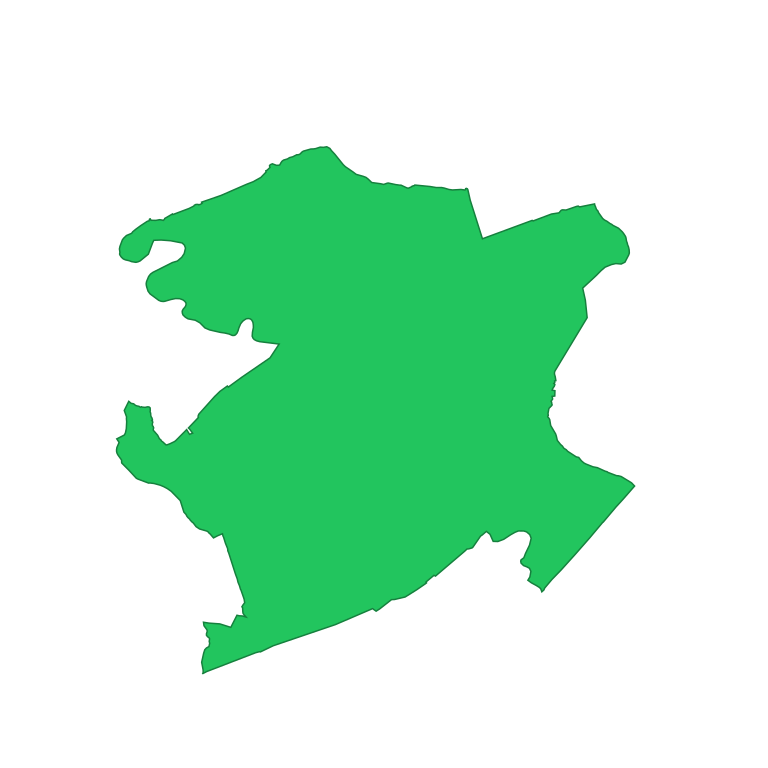 the district of Dolhasca, Suceava, Romania, rotated 162°
{"feature_id": "2599482B12966285946055", "entity_name": "Dolhasca", "entity_type": "district", "adm_level": 2, "iso_a3": "ROU", "parent_name": "Romania", "parent_adm1": "Suceava", "projection": "equal_earth", "projection_center": [26.629, 47.417], "detail": "fine", "context": "isolated", "style": "filled", "palette": "green", "viewbox_px": 768, "rotation_deg": 162, "n_neighbors": 0, "source": "geoboundaries", "source_scale": "gbopen_adm2", "svg_char_len": 6171}
<svg xmlns="http://www.w3.org/2000/svg" viewBox="0 0 768 768"><g transform="rotate(162 384 384)"><path d="M177.2,209.5L179.1,213.5L187.0,222.7L189.3,224.2L191.2,225.0L198.3,230.7L198.9,231.6L200.8,232.9L206.9,238.5L210.9,240.7L216.9,245.7L218.3,247.2L220.0,250.0L221.5,254.0L223.7,255.3L230.1,263.2L231.0,265.2L232.8,267.3L233.5,269.8L234.8,272.0L236.6,276.8L236.2,281.2L236.2,283.5L238.3,293.0L237.4,298.9L237.7,300.5L238.4,302.0L238.3,302.7L237.5,303.2L237.1,305.4L234.7,309.8L230.9,311.8L230.5,312.4L230.5,313.5L230.2,315.0L230.5,315.7L230.2,316.2L228.4,317.4L228.1,318.3L228.0,320.3L225.3,319.8L223.5,324.8L226.0,326.2L225.1,327.4L222.7,329.3L221.7,330.6L221.6,330.9L222.4,332.0L221.1,332.7L220.8,334.2L219.5,334.1L218.9,338.0L218.8,340.8L218.1,342.7L217.1,343.8L170.3,384.3L166.6,401.5L165.4,413.8L148.4,421.7L142.6,424.7L137.6,426.8L130.7,427.3L126.3,426.9L121.3,424.8L117.2,425.4L111.3,431.2L110.2,432.8L109.4,435.8L109.1,438.7L109.3,441.5L109.1,442.6L109.2,444.9L108.7,448.2L108.7,449.7L109.6,453.1L110.3,455.0L112.8,459.7L117.3,464.2L118.1,465.5L119.4,466.7L121.7,469.9L123.6,471.8L124.9,473.9L127.0,480.7L127.1,482.5L128.0,484.4L128.1,487.9L128.3,488.7L128.1,490.2L142.7,491.9L143.4,492.1L144.3,493.2L145.9,493.4L157.1,493.2L160.5,494.5L161.4,494.5L162.1,494.3L164.7,492.7L172.2,493.9L191.8,493.0L192.5,493.8L245.5,491.7L245.2,532.2L244.2,542.9L244.4,543.9L245.2,544.6L246.0,544.6L246.4,543.7L247.1,543.5L250.6,545.2L259.0,547.4L262.2,549.0L266.1,551.7L268.6,553.1L273.6,554.7L279.2,557.6L293.2,563.7L294.0,563.3L295.1,563.5L295.9,563.2L296.2,563.4L297.3,563.0L300.5,562.7L301.8,563.6L306.3,567.8L307.7,568.3L311.2,570.0L317.8,573.8L318.9,574.0L322.6,573.9L325.5,575.6L333.4,579.4L335.8,583.9L337.3,586.1L339.7,588.0L345.7,592.0L347.9,595.2L353.6,602.6L355.0,605.2L359.8,617.8L361.8,622.1L362.7,624.8L365.1,627.3L368.5,627.8L371.5,629.0L376.2,629.0L378.7,629.4L380.9,630.1L388.8,630.4L390.5,629.9L392.3,628.9L393.5,628.5L394.9,628.6L396.1,629.0L400.6,628.3L403.9,628.5L406.2,627.9L410.3,628.0L412.1,627.4L413.5,626.4L415.4,624.6L416.1,624.5L418.7,625.2L422.1,627.9L423.7,627.8L424.8,627.5L425.5,626.9L425.5,625.2L429.3,623.4L430.5,623.3L430.7,622.0L437.3,618.5L446.0,616.8L453.1,616.4L480.8,613.7L501.3,613.3L501.1,612.1L503.1,611.6L504.9,611.7L505.4,612.3L507.5,612.9L509.2,612.6L509.9,612.0L515.1,611.2L532.3,610.4L532.6,611.1L541.4,609.2L542.0,608.4L543.5,607.8L544.2,608.4L546.6,609.6L550.4,610.1L555.0,611.7L555.3,613.3L556.0,613.3L557.0,611.8L558.8,611.9L566.4,609.8L572.2,607.9L575.8,606.5L577.5,605.3L583.1,604.8L586.6,603.1L588.3,601.9L592.6,596.5L593.9,594.2L594.5,590.8L595.3,589.3L595.3,588.3L594.6,585.8L593.3,583.5L591.6,582.0L588.1,579.9L586.3,578.4L582.4,576.4L580.3,576.2L578.0,576.4L568.0,580.3L560.5,589.7L558.5,591.8L551.5,589.8L542.7,586.2L532.4,580.5L530.9,577.7L530.8,574.6L533.7,569.8L537.2,567.0L542.5,564.8L547.7,564.9L569.3,561.6L572.1,560.7L574.6,559.0L578.1,554.9L579.1,553.1L579.5,551.6L579.7,549.7L579.7,545.1L578.6,541.9L572.4,533.2L570.5,531.6L568.5,530.7L567.0,530.4L560.6,530.2L555.9,529.7L552.0,528.3L549.4,526.3L548.0,524.4L547.3,522.4L547.7,520.7L548.9,519.1L551.9,517.2L553.4,515.7L553.9,513.7L553.8,511.7L552.3,508.9L550.2,506.5L543.8,503.0L540.2,499.1L537.0,492.7L533.1,489.3L523.6,483.6L519.7,481.7L515.9,479.4L513.3,477.1L511.7,476.5L510.1,476.6L508.1,477.8L506.3,479.8L504.7,482.2L501.7,485.6L498.9,487.4L496.9,488.1L494.8,488.6L492.5,488.1L490.9,487.1L490.0,485.6L489.6,483.1L490.1,480.4L490.8,478.0L493.1,473.9L494.6,470.2L494.4,468.0L493.7,466.4L491.9,464.5L489.2,462.7L471.4,454.4L484.3,444.1L517.1,434.4L533.0,429.2L533.6,430.5L542.3,427.7L549.0,424.4L569.5,412.5L570.6,411.1L571.0,410.0L570.9,409.5L583.6,402.6L582.8,401.2L581.2,396.4L584.5,396.2L585.8,401.6L599.4,394.6L601.0,394.0L606.2,393.3L609.1,393.2L610.1,393.4L612.3,397.3L613.3,398.6L613.4,399.6L614.5,401.4L615.1,405.2L617.7,411.3L617.5,412.1L616.6,413.5L616.7,415.1L617.1,415.9L616.7,417.7L615.7,419.1L615.7,420.3L616.2,421.0L615.3,421.4L615.2,423.4L615.6,425.0L615.5,426.3L614.9,428.5L615.1,429.9L614.6,430.6L613.8,433.5L614.3,434.5L615.0,435.0L616.1,435.4L618.4,435.6L621.0,436.7L621.7,437.3L622.9,437.2L623.9,438.5L625.4,439.3L626.9,440.4L628.2,442.5L630.5,443.8L632.1,446.4L639.2,439.1L639.0,432.3L639.7,430.6L640.4,427.6L642.9,421.1L645.1,417.3L646.8,415.7L655.1,414.4L654.0,410.3L657.6,406.2L658.7,404.1L659.2,402.4L659.3,400.7L659.0,398.8L657.1,392.8L657.8,390.3L657.8,389.8L653.3,380.9L648.7,370.9L647.2,369.4L638.5,362.5L637.2,362.2L633.4,360.4L628.1,356.9L625.3,354.5L622.4,351.5L619.6,347.8L613.8,336.1L613.9,323.9L612.5,320.9L612.5,320.0L612.3,319.1L611.7,317.5L610.6,315.6L610.4,314.6L609.3,312.2L608.3,310.7L606.8,306.4L604.2,303.1L598.0,298.9L596.9,297.6L596.4,296.1L595.8,295.3L593.7,290.3L589.0,291.1L583.9,291.5L584.1,289.2L583.9,287.8L584.0,281.6L583.6,275.7L584.1,273.6L583.9,271.4L584.0,249.1L583.8,244.0L584.1,240.5L583.8,237.0L583.9,233.0L583.7,232.2L583.5,222.7L584.1,219.0L586.3,217.5L588.0,216.0L587.6,215.0L588.7,210.8L588.9,209.5L588.4,207.7L587.3,205.1L590.5,207.2L593.3,208.3L595.3,209.5L604.9,199.9L614.3,206.6L624.4,210.7L629.3,213.2L629.9,209.7L628.4,205.1L628.4,204.0L628.8,203.0L630.0,201.4L630.5,199.9L629.9,198.2L628.8,196.6L628.6,195.6L629.8,193.1L629.9,191.3L631.6,188.4L634.5,187.8L636.6,186.6L638.7,183.7L643.4,175.7L644.4,167.9L645.2,165.3L646.3,164.5L641.5,165.3L589.2,168.1L585.3,167.9L584.3,167.4L570.2,169.3L504.5,170.2L464.3,173.9L461.7,170.4L457.7,171.4L443.5,176.6L440.6,175.8L429.7,174.9L416.5,178.2L406.1,181.3L405.1,181.7L405.5,182.4L405.3,182.7L395.6,186.6L394.4,185.4L358.8,200.1L356.1,201.4L354.2,201.0L350.8,200.9L349.9,201.3L339.2,209.5L337.1,210.1L332.2,212.2L329.6,208.3L328.8,200.6L324.4,199.0L318.1,199.3L310.1,201.5L305.1,202.5L301.5,202.7L296.5,201.0L294.1,199.3L291.9,195.7L291.7,191.8L295.4,185.8L301.8,179.1L304.7,175.5L308.0,174.4L308.7,173.3L309.0,171.3L307.4,168.2L304.7,166.0L302.6,163.8L302.2,160.4L304.9,155.4L307.8,152.9L305.3,149.4L301.5,145.4L299.0,142.4L298.2,140.6L298.1,137.6L295.6,138.7L294.2,140.3L284.7,146.2L272.8,152.5L254.6,163.0L235.9,174.1L218.6,184.9L218.2,184.9L201.3,195.4L192.3,200.5L177.2,209.5Z" fill="#22c55e" stroke="#15803d" stroke-width="1.5"/></g></svg>